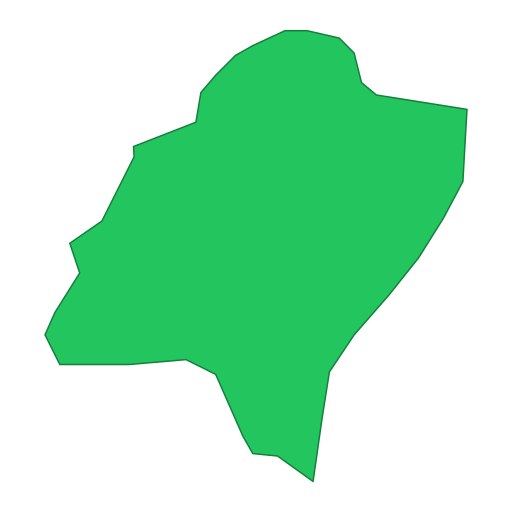 the district of Gunpo-si, Gyeonggi, South Korea
{"feature_id": "91817680B51138241033746", "entity_name": "Gunpo-si", "entity_type": "district", "adm_level": 2, "iso_a3": "KOR", "parent_name": "South Korea", "parent_adm1": "Gyeonggi", "projection": "orthographic", "projection_center": [126.925, 37.33], "detail": "fine", "context": "isolated", "style": "filled", "palette": "green", "viewbox_px": 512, "rotation_deg": 0, "n_neighbors": 0, "source": "geoboundaries", "source_scale": "gbopen_adm2", "svg_char_len": 583}
<svg xmlns="http://www.w3.org/2000/svg" viewBox="0 0 512 512"><path d="M313.1,481.3L322.0,418.9L329.4,371.9L354.2,334.8L388.8,295.2L418.4,258.1L443.2,218.6L462.9,181.5L465.4,137.0L467.0,109.4L376.4,95.0L361.5,82.6L354.1,53.0L339.3,38.1L307.1,30.7L300.7,30.7L284.9,30.7L252.8,45.6L235.5,55.4L215.7,75.2L200.9,92.5L195.9,122.2L133.5,146.5L134.1,156.8L101.9,221.0L69.8,243.3L79.7,273.0L54.9,312.5L45.0,334.8L59.8,364.5L84.6,364.5L129.1,364.5L186.0,359.6L215.7,374.4L242.9,436.2L252.8,453.6L277.5,456.0L312.1,480.8L313.1,481.3Z" fill="#22c55e" stroke="#15803d" stroke-width="1.5"/></svg>